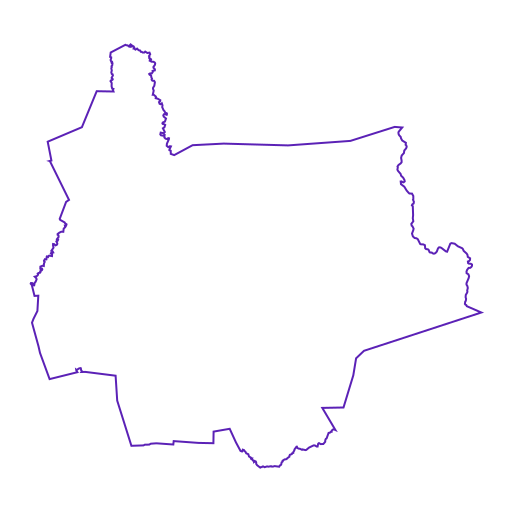 outline of Huajicori, Nayarit, Mexico
{"feature_id": "50627088B78255939037142", "entity_name": "Huajicori", "entity_type": "district", "adm_level": 2, "iso_a3": "MEX", "parent_name": "Mexico", "parent_adm1": "Nayarit", "projection": "albers", "projection_center": [-105.24, 22.811], "detail": "fine", "context": "isolated", "style": "outline", "palette": "violet", "viewbox_px": 512, "rotation_deg": 0, "n_neighbors": 0, "source": "geoboundaries", "source_scale": "gbopen_adm2", "svg_char_len": 5917}
<svg xmlns="http://www.w3.org/2000/svg" viewBox="0 0 512 512"><path d="M402.2,127.5L394.7,126.9L350.4,140.9L288.1,145.4L223.7,143.6L192.6,145.2L174.2,155.1L170.8,153.9L170.7,150.7L169.4,150.2L169.4,149.6L170.9,146.4L169.9,146.2L168.2,147.1L166.7,145.8L166.9,143.7L168.9,139.2L169.0,138.3L168.2,138.1L167.3,139.1L165.6,138.7L164.4,137.5L164.6,134.8L164.2,134.7L163.6,135.7L163.2,135.7L161.0,135.3L160.3,134.4L160.7,132.6L163.7,133.2L164.8,132.0L162.9,128.3L164.4,127.3L165.2,124.9L164.4,124.3L162.7,123.9L162.4,123.3L162.8,122.5L164.9,121.6L166.0,118.5L163.7,116.6L163.3,115.3L164.0,114.2L165.1,114.2L166.7,114.8L167.0,113.9L166.7,113.2L165.3,112.8L164.6,111.3L163.5,110.1L162.2,107.1L162.5,105.4L161.8,103.3L160.6,104.2L159.6,103.8L159.0,102.1L160.2,101.1L160.3,100.2L157.5,98.6L155.9,98.3L155.6,98.1L156.0,97.1L155.8,96.5L153.5,94.6L152.8,94.7L153.7,90.6L153.0,88.8L153.1,87.7L154.3,85.8L154.9,82.2L154.1,80.8L152.4,80.7L151.8,80.0L151.6,79.5L152.0,78.6L151.4,77.5L151.1,75.6L149.6,74.7L149.2,74.0L150.1,73.4L151.8,73.4L152.8,71.9L152.6,70.9L154.8,70.4L154.9,69.3L153.5,67.8L153.4,67.0L155.0,64.7L155.2,63.3L154.8,62.6L153.6,61.8L151.5,61.7L149.7,60.7L150.0,59.8L150.5,59.5L151.0,59.7L151.1,59.4L150.5,58.8L149.6,58.7L149.1,57.9L149.5,56.9L149.0,56.1L150.2,54.2L149.5,52.6L147.4,53.0L145.2,51.6L144.3,52.5L142.7,52.5L141.8,51.9L140.8,51.8L140.1,50.5L138.6,50.2L137.1,48.6L135.4,49.6L134.6,48.8L133.7,48.6L134.3,47.5L133.5,46.3L131.6,46.6L131.5,46.2L132.0,45.5L130.6,44.4L130.0,45.1L130.3,46.5L130.1,46.8L128.9,46.5L127.7,45.4L126.1,45.2L125.4,44.8L110.7,52.5L110.1,56.9L111.2,57.3L111.2,58.2L110.6,60.0L111.0,61.1L111.9,61.6L111.5,62.4L111.7,63.0L112.4,63.0L112.5,63.3L112.2,65.4L111.5,66.2L111.8,67.1L111.3,68.2L111.8,70.5L111.3,72.4L111.8,74.0L112.6,74.3L112.9,75.4L111.6,77.9L111.9,78.5L112.6,78.9L112.7,79.5L111.6,80.4L110.8,80.5L110.5,81.1L111.7,83.0L111.6,86.3L112.2,88.6L113.4,88.9L113.0,90.1L113.5,91.5L96.7,91.2L81.9,127.2L47.7,141.7L51.4,160.5L49.6,161.0L49.9,161.1L69.0,199.9L66.1,201.9L59.7,218.9L60.2,219.9L64.6,222.4L65.1,223.3L66.5,224.3L66.1,225.7L64.9,225.6L65.2,227.2L63.7,228.6L63.3,231.8L61.3,231.7L59.3,232.7L57.6,234.0L57.6,234.8L58.5,235.4L58.6,237.0L56.8,239.3L57.2,240.3L57.5,239.8L58.0,239.8L57.7,240.7L56.4,241.4L57.3,243.4L57.2,244.2L56.7,244.9L55.4,245.4L54.3,244.2L53.1,244.0L53.0,245.2L53.5,247.7L51.4,250.8L52.5,251.2L53.2,252.5L51.1,253.0L50.9,253.4L52.1,254.2L52.0,256.1L49.2,255.6L48.6,255.9L48.1,257.0L46.9,256.4L46.7,256.7L46.4,259.4L45.9,259.5L44.9,259.2L44.0,260.7L44.1,261.3L44.7,261.9L44.0,263.4L43.8,266.0L42.6,265.7L40.4,266.6L40.3,268.8L40.7,269.3L41.4,268.5L42.0,268.6L42.3,269.3L41.9,270.2L40.2,271.3L40.5,272.0L40.1,272.7L38.5,273.0L37.7,273.6L38.1,274.4L37.7,275.3L36.6,276.2L34.8,276.7L36.3,278.3L36.6,279.3L35.6,281.8L34.7,282.7L34.2,285.3L33.3,285.3L32.8,283.6L32.3,283.1L31.0,283.0L30.7,283.7L31.8,285.0L34.5,295.9L38.3,295.7L37.4,311.0L33.5,318.8L32.0,322.7L38.5,346.3L40.0,352.9L49.6,379.1L77.4,372.2L76.3,370.4L76.2,369.7L76.6,370.0L79.1,368.4L80.5,368.1L80.8,368.2L81.2,370.4L82.0,371.3L81.5,372.0L85.3,371.9L115.6,375.7L117.2,400.6L131.4,445.8L143.5,445.4L144.8,444.7L149.2,444.6L150.8,443.7L156.4,443.3L173.3,444.5L173.7,441.1L198.4,442.9L213.4,443.2L213.6,431.6L229.7,428.8L235.9,442.3L240.5,450.9L242.1,451.5L242.5,451.1L242.8,449.7L244.0,450.1L244.3,450.7L245.6,452.0L246.2,453.3L248.3,454.2L249.0,456.5L250.9,457.6L250.9,458.3L252.1,458.4L251.7,459.3L252.6,459.7L253.0,460.6L254.2,460.8L254.1,462.0L255.3,461.3L255.8,461.5L256.2,462.5L256.2,463.9L257.1,465.2L260.2,467.6L260.8,467.1L261.8,467.1L262.5,466.5L263.1,466.4L264.6,467.2L267.1,466.4L268.3,466.7L271.0,466.2L271.2,466.5L272.9,466.6L274.6,466.1L279.2,466.7L279.8,465.5L280.7,465.1L281.2,464.5L281.6,462.4L282.7,461.5L282.6,460.7L284.6,459.4L286.0,459.3L287.1,458.6L287.3,458.2L289.4,456.7L289.5,455.6L289.9,454.8L291.8,454.1L292.1,453.3L293.3,452.9L293.3,452.1L294.3,450.5L294.5,449.4L296.5,446.7L296.9,446.7L297.1,447.8L298.6,448.6L300.0,448.8L302.0,449.8L302.4,449.4L305.5,450.1L306.3,449.9L309.0,447.6L313.6,445.4L314.8,445.4L316.6,446.5L317.6,446.5L318.1,443.9L318.7,443.2L319.3,443.2L320.5,444.1L323.3,444.0L325.2,441.8L325.3,440.1L325.8,438.9L326.6,438.4L328.6,432.9L329.9,432.7L330.9,431.7L331.6,431.8L331.8,430.6L332.7,429.6L334.0,429.4L335.4,430.0L322.3,407.9L343.5,407.5L353.3,375.3L356.1,358.3L364.0,350.8L481.3,312.5L466.8,306.2L466.3,305.1L465.4,304.6L464.9,303.9L465.2,301.7L465.8,300.8L466.1,298.9L465.6,297.2L465.8,294.9L467.2,292.5L467.4,291.6L467.2,290.4L467.8,288.0L467.4,286.1L466.5,284.6L466.5,283.2L468.7,278.0L469.1,276.2L468.4,274.3L466.6,273.2L466.5,271.5L467.1,269.9L468.6,267.9L470.1,267.9L471.3,267.0L472.0,265.8L472.0,264.5L470.9,263.8L468.8,263.6L468.1,263.1L467.9,261.5L469.0,261.1L470.0,260.0L470.1,258.3L467.8,256.9L467.4,254.7L466.6,253.5L463.7,250.9L462.8,248.9L462.1,248.2L457.9,246.3L454.7,243.7L451.5,243.1L450.3,243.7L447.1,251.7L445.9,251.4L441.4,247.9L440.3,247.4L439.1,247.3L438.0,248.4L436.8,251.6L435.3,253.2L433.9,253.7L432.6,253.3L431.7,252.5L430.1,252.5L429.6,252.2L428.6,249.9L427.9,249.3L426.1,249.1L425.2,248.3L424.9,245.2L423.3,244.4L420.9,244.3L420.2,244.0L417.8,239.2L416.5,238.3L414.6,238.0L412.9,236.4L412.0,233.6L413.3,230.1L413.6,228.6L412.4,226.2L411.7,225.7L411.3,223.9L413.3,221.3L412.8,218.3L413.1,215.1L412.8,206.2L411.9,205.4L412.3,204.4L413.6,203.5L413.9,201.8L413.0,199.7L413.3,199.3L413.3,196.0L412.0,193.6L409.4,193.5L408.7,192.9L406.7,190.6L404.3,186.7L401.0,184.2L400.7,181.5L401.5,181.4L403.0,182.3L403.6,182.3L404.7,181.4L404.5,180.1L403.2,177.7L401.1,175.7L400.6,173.9L398.1,171.0L397.4,169.7L397.8,167.4L397.5,166.5L398.5,165.0L400.7,163.4L401.6,162.2L401.6,160.6L401.1,157.9L401.7,155.5L403.9,153.1L404.3,150.5L406.1,148.4L406.7,146.8L406.3,145.4L405.6,144.8L405.9,142.8L402.2,140.5L401.0,138.3L400.7,136.9L399.2,135.3L398.6,134.1L398.4,132.7L398.7,131.7L402.2,127.5Z" fill="none" stroke="#5b21b6" stroke-width="2"/></svg>